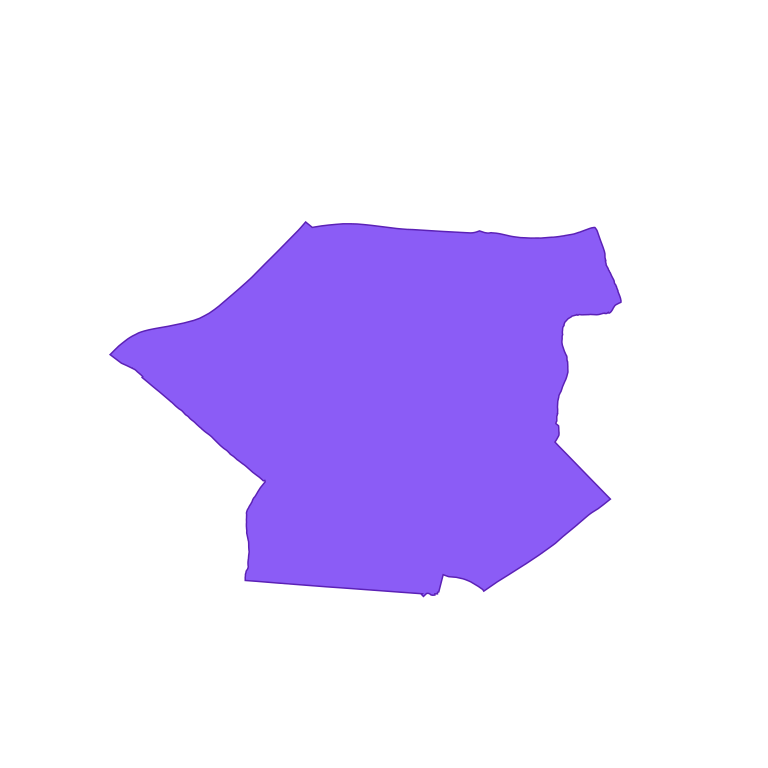 the district of Ridderkerk, Zuid-Holland, Netherlands, rotated 299°
{"feature_id": "6326949B39885659385056", "entity_name": "Ridderkerk", "entity_type": "district", "adm_level": 2, "iso_a3": "NLD", "parent_name": "Netherlands", "parent_adm1": "Zuid-Holland", "projection": "mercator", "projection_center": [4.592, 51.871], "detail": "fine", "context": "isolated", "style": "filled", "palette": "violet", "viewbox_px": 768, "rotation_deg": 299, "n_neighbors": 0, "source": "geoboundaries", "source_scale": "gbopen_adm2", "svg_char_len": 6003}
<svg xmlns="http://www.w3.org/2000/svg" viewBox="0 0 768 768"><g transform="rotate(299 384 384)"><path d="M521.0,306.9L516.7,296.2L513.9,289.6L511.0,283.1L507.8,276.9L504.3,270.6L500.2,264.4L496.3,258.7L491.9,252.6L487.9,247.5L486.2,245.4L487.7,236.9L485.2,236.4L483.3,236.0L480.5,235.4L476.7,234.5L446.8,226.2L432.0,221.9L413.4,216.7L406.1,214.3L395.1,210.4L372.2,201.9L366.9,199.6L361.2,196.8L356.6,193.9L352.1,190.9L347.5,186.9L340.3,179.4L329.8,167.2L325.3,161.6L321.4,156.8L317.4,152.1L314.1,148.6L311.7,146.3L309.6,144.5L307.0,142.8L304.1,140.8L301.4,139.2L299.1,138.0L295.9,136.6L292.1,135.0L288.6,133.6L283.6,132.1L276.9,130.2L274.9,144.2L275.4,150.1L275.7,155.9L275.8,155.9L275.9,156.1L275.7,156.2L275.8,158.2L275.8,158.6L275.9,158.8L275.7,160.0L275.6,160.5L275.3,161.8L275.2,161.9L275.1,162.4L274.1,167.3L273.8,168.3L273.6,169.1L273.4,169.5L272.4,169.3L271.7,173.2L271.1,176.4L270.1,181.3L268.9,187.7L268.4,190.7L267.3,196.2L265.6,204.6L265.2,206.3L265.2,206.9L264.5,209.7L263.9,211.8L263.6,213.1L262.9,216.9L262.9,217.7L262.8,218.6L262.7,219.8L262.4,221.0L262.1,221.9L261.1,224.8L260.9,225.6L260.8,227.4L260.6,228.7L260.3,229.5L259.8,230.9L259.6,231.8L259.4,232.7L259.2,233.9L259.1,234.8L258.9,236.0L258.5,237.7L257.9,239.8L257.0,243.6L256.6,245.8L256.3,246.6L255.9,248.8L255.8,249.1L255.7,249.6L255.4,251.4L255.1,253.9L254.9,255.4L254.8,256.2L254.3,258.7L254.1,259.4L253.4,261.7L252.0,266.6L251.1,269.9L250.9,270.6L250.6,272.0L250.0,275.1L249.9,276.1L249.8,277.1L249.7,278.3L249.5,279.2L249.5,279.5L248.9,281.3L248.4,283.0L248.2,283.2L248.1,283.6L248.0,284.4L247.7,287.4L247.6,288.0L247.1,290.3L246.6,292.3L246.5,293.6L245.7,299.0L245.5,301.1L245.2,302.8L244.1,307.8L243.1,312.2L242.5,316.5L242.0,320.3L241.0,324.7L240.8,325.3L241.9,326.5L241.4,327.0L240.8,327.5L233.6,326.2L229.0,325.9L227.4,325.9L223.9,325.8L223.3,325.7L222.9,325.7L222.6,325.7L221.7,325.4L221.0,325.3L219.2,325.3L216.6,325.7L215.8,325.6L215.1,325.7L213.8,325.6L212.2,325.5L211.1,325.5L210.1,325.6L207.8,325.5L206.6,325.7L205.1,326.0L204.4,326.3L204.2,326.4L203.7,326.8L203.1,327.2L201.7,327.9L200.8,328.4L200.0,328.8L198.9,329.3L196.4,330.8L195.8,331.1L195.5,331.2L195.1,331.4L192.9,332.6L191.7,333.4L190.9,333.9L188.9,335.3L188.1,335.6L186.8,336.4L186.4,336.8L184.3,338.6L182.7,340.0L181.6,340.9L180.6,341.9L178.7,343.1L175.7,344.8L173.1,346.5L172.3,347.1L172.0,347.4L170.9,347.8L169.2,348.5L168.8,348.6L165.1,350.3L164.6,350.4L163.5,350.9L162.3,351.4L161.0,352.1L159.4,353.1L158.8,353.6L158.5,353.8L158.0,354.0L157.4,354.2L156.5,354.3L155.9,354.4L154.9,354.3L153.9,354.2L153.4,354.2L153.2,354.3L152.5,354.6L152.1,354.7L151.0,354.9L150.3,355.1L149.0,355.8L147.5,356.4L147.0,356.7L144.9,357.9L149.7,368.3L153.9,377.6L158.1,386.9L173.1,419.7L174.8,423.4L178.5,431.5L184.2,443.7L199.6,477.0L209.0,497.4L219.1,519.2L218.1,518.9L217.3,521.5L221.4,522.8L221.6,523.0L222.1,523.7L222.5,524.6L222.5,524.8L222.6,525.2L222.6,525.6L222.5,526.4L222.4,527.2L222.3,527.4L222.9,529.1L224.1,530.8L225.1,530.2L226.4,532.5L227.7,531.8L228.2,532.2L228.7,532.7L245.9,528.2L246.7,533.2L246.9,534.1L250.0,541.0L251.7,546.8L251.9,547.4L252.4,550.1L252.8,553.4L253.0,555.7L252.7,564.7L252.1,570.0L251.2,571.7L266.1,579.1L277.6,585.5L296.9,596.0L309.9,602.7L321.0,608.0L328.0,611.2L337.2,614.4L351.9,620.2L366.4,625.6L368.5,626.4L370.3,627.2L372.4,628.2L375.5,629.9L379.1,631.9L380.1,632.3L384.6,634.3L393.1,637.8L395.1,631.1L402.1,607.8L411.0,578.4L413.3,570.7L414.4,567.0L416.1,561.7L419.0,561.9L421.8,561.9L423.2,561.9L424.0,561.8L424.5,561.6L426.1,560.8L427.7,559.7L430.2,558.2L431.0,557.7L432.0,557.0L432.1,556.9L432.7,553.5L434.0,553.1L435.4,553.1L438.2,551.5L439.2,550.9L442.4,550.2L442.4,549.9L442.8,549.9L446.0,548.2L447.6,547.1L448.3,546.7L453.3,544.3L457.3,543.2L458.7,542.6L461.3,542.4L463.5,542.4L466.7,541.8L468.0,541.5L473.9,540.9L476.0,540.8L478.9,540.3L483.6,539.1L487.6,536.7L487.9,536.6L492.5,533.8L492.8,533.3L493.1,533.1L493.1,532.9L494.7,531.8L496.0,531.1L497.1,530.2L497.1,529.9L497.6,529.4L497.7,529.1L500.1,525.9L504.3,521.3L506.5,519.5L506.8,519.4L507.4,519.0L509.9,517.9L511.8,516.8L512.9,516.4L513.7,516.4L514.2,516.0L514.5,515.7L516.1,514.7L517.6,514.1L519.0,513.4L520.5,512.9L522.4,513.1L522.8,512.9L522.9,512.7L524.1,512.5L525.5,512.2L526.3,512.4L528.0,512.8L530.1,513.3L530.6,513.5L533.7,515.3L534.3,515.4L534.6,515.6L536.7,517.8L537.5,518.6L538.2,519.0L537.9,519.6L538.5,520.5L539.3,520.9L540.5,523.7L540.6,523.8L544.1,529.7L544.8,530.6L547.7,536.5L548.9,538.2L551.5,540.9L551.7,541.0L553.0,542.8L552.8,543.2L553.6,544.5L553.8,544.7L555.4,545.4L555.0,546.0L555.3,546.7L556.4,547.3L557.7,547.6L559.9,547.8L561.3,547.7L564.3,547.9L565.0,548.1L566.2,548.7L567.6,549.7L567.9,549.8L570.3,551.6L571.2,551.2L571.6,551.0L573.5,549.4L575.1,547.7L578.4,543.7L578.9,543.5L579.4,542.9L580.2,541.9L581.0,540.9L581.8,540.2L582.0,539.9L582.2,539.4L582.8,539.0L583.0,538.6L583.0,538.3L583.6,537.3L583.7,537.2L583.9,536.7L585.7,535.3L586.3,534.6L589.0,530.5L591.0,527.9L591.2,527.3L592.3,525.9L592.5,525.2L593.2,524.6L593.8,523.7L594.2,523.3L594.8,522.1L595.4,521.3L595.5,520.9L597.0,519.8L598.4,518.4L599.2,518.1L599.4,517.9L599.5,518.1L601.7,516.0L605.0,514.1L606.9,512.4L609.5,509.6L610.8,508.1L614.2,504.1L617.4,500.5L621.2,496.3L622.0,495.1L622.3,494.5L623.1,492.7L622.9,492.3L622.9,492.0L622.5,491.5L622.0,490.9L621.3,490.0L620.9,489.6L620.0,488.7L616.3,485.5L612.8,482.5L611.8,481.7L611.3,481.1L607.5,477.6L606.8,476.8L605.7,475.5L603.3,472.5L602.4,471.4L601.5,470.2L601.1,469.9L599.4,467.6L598.2,466.1L596.0,463.1L594.6,461.1L593.6,459.4L592.3,457.4L587.5,450.2L586.5,448.2L582.8,441.7L582.6,441.3L579.9,435.8L578.2,432.4L577.1,429.6L575.9,426.6L575.1,424.4L574.3,421.9L573.9,420.4L572.0,413.9L571.3,411.7L570.3,409.0L569.1,406.3L568.9,406.0L568.3,404.4L567.8,403.7L567.2,403.0L566.5,402.0L565.9,400.6L565.2,398.6L564.2,393.3L561.7,391.1L560.3,389.6L559.2,388.2L558.0,386.3L545.9,361.4L543.8,357.0L533.0,334.3L530.3,329.0L527.4,322.6L526.1,319.6L521.0,306.9Z" fill="#8b5cf6" stroke="#5b21b6" stroke-width="1.5"/></g></svg>